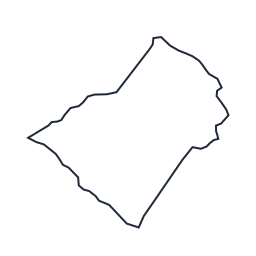 Olho d'Água Grande, Alagoas, Brazil, rotated 101°
{"feature_id": "56859067B53740067981783", "entity_name": "Olho d'Água Grande", "entity_type": "district", "adm_level": 2, "iso_a3": "BRA", "parent_name": "Brazil", "parent_adm1": "Alagoas", "projection": "equal_earth", "projection_center": [-36.798, -10.063], "detail": "fine", "context": "isolated", "style": "outline", "palette": "slate", "viewbox_px": 256, "rotation_deg": 101, "n_neighbors": 0, "source": "geoboundaries", "source_scale": "gbopen_adm2", "svg_char_len": 902}
<svg xmlns="http://www.w3.org/2000/svg" viewBox="0 0 256 256"><g transform="rotate(101 128 128)"><path d="M70.4,43.8L67.4,46.1L62.7,49.5L59.5,58.8L55.9,62.8L51.6,67.2L48.3,71.3L45.3,78.3L43.7,85.3L42.4,92.7L39.1,102.4L32.4,112.9L34.9,120.2L41.2,119.7L45.3,121.3L95.0,146.1L98.9,155.1L101.6,167.3L104.8,173.5L111.5,177.0L115.9,180.5L119.3,188.2L127.3,192.7L133.0,195.0L135.2,198.7L136.7,204.0L140.6,206.4L156.7,224.2L159.3,215.4L160.2,207.3L167.3,193.9L171.2,189.8L176.6,184.8L178.2,178.8L186.0,167.5L190.4,166.3L193.8,165.3L196.9,159.7L197.3,154.1L201.0,146.8L204.9,142.6L207.1,131.8L222.1,110.9L223.6,98.5L211.4,95.7L187.7,85.3L183.8,83.7L179.5,81.8L148.4,68.3L134.5,61.0L134.5,52.5L131.2,47.3L127.3,44.8L123.4,41.4L121.5,37.3L117.8,39.0L114.4,40.9L108.9,42.1L105.8,37.4L101.4,34.8L96.3,31.8L91.1,35.1L85.4,40.9L79.8,47.1L74.4,47.6L70.4,43.8Z" fill="none" stroke="#1e293b" stroke-width="2"/></g></svg>